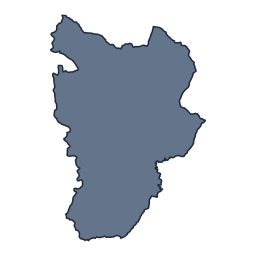 Gachantivá, Boyacá, Colombia (orthographic projection)
{"feature_id": "7082276B31278736164572", "entity_name": "Gachantivá", "entity_type": "district", "adm_level": 2, "iso_a3": "COL", "parent_name": "Colombia", "parent_adm1": "Boyacá", "projection": "orthographic", "projection_center": [-73.547, 5.741], "detail": "fine", "context": "isolated", "style": "filled", "palette": "slate", "viewbox_px": 256, "rotation_deg": 0, "n_neighbors": 0, "source": "geoboundaries", "source_scale": "gbopen_adm2", "svg_char_len": 5677}
<svg xmlns="http://www.w3.org/2000/svg" viewBox="0 0 256 256"><path d="M194.2,62.5L191.7,60.2L190.8,58.6L188.7,55.8L188.6,54.3L189.5,51.6L189.5,50.8L186.3,46.6L185.0,45.6L182.3,45.5L181.4,45.3L180.9,42.6L180.4,42.3L179.2,42.7L176.7,42.8L175.1,42.6L174.6,42.2L174.2,40.8L172.8,40.3L171.2,39.0L169.5,37.1L168.7,37.0L168.2,36.6L167.9,35.9L166.3,33.9L166.0,32.1L164.1,31.3L162.2,29.1L159.7,27.6L153.4,26.6L152.2,31.9L151.0,34.5L150.7,36.1L148.4,41.5L148.5,43.0L148.3,43.8L147.8,45.0L146.7,46.2L144.5,45.4L143.4,45.2L141.0,46.1L138.9,46.7L135.3,46.6L133.7,47.3L133.3,47.2L133.1,46.9L131.8,44.2L130.9,43.6L129.5,43.4L128.2,44.0L125.1,44.0L124.2,45.0L122.3,45.7L121.9,46.5L121.9,47.4L121.0,48.1L120.9,48.8L118.4,48.1L116.8,48.2L116.4,48.1L114.7,46.7L113.9,45.3L113.3,45.1L113.1,44.6L112.9,44.5L111.5,44.5L110.8,44.8L110.2,44.8L106.2,41.5L105.6,40.4L105.6,39.8L104.8,39.2L104.6,38.6L104.0,38.4L102.5,36.6L102.3,36.1L98.0,34.3L95.5,34.0L93.8,34.1L92.5,33.4L91.3,33.2L86.6,32.9L85.5,32.5L84.8,32.7L83.9,32.6L81.4,29.4L81.0,28.0L80.1,26.8L79.4,26.4L78.9,24.5L77.0,23.1L76.6,22.2L76.3,22.0L74.6,22.1L73.4,21.5L72.0,19.9L71.5,19.5L70.6,19.4L69.1,17.8L67.7,17.6L66.8,17.2L66.4,16.1L66.0,15.8L64.6,15.4L62.1,15.4L62.8,17.5L62.8,18.4L61.7,21.1L61.4,22.4L60.7,22.9L59.1,23.4L57.1,25.5L56.8,26.1L56.7,29.6L56.1,30.7L54.6,32.1L52.1,32.9L51.3,33.6L51.1,34.1L51.2,35.0L53.9,37.5L54.3,38.1L54.4,38.9L54.2,40.0L52.0,43.0L53.1,46.0L53.2,47.7L52.2,48.7L50.8,49.5L50.9,50.0L51.2,50.7L52.5,51.4L54.2,52.1L55.7,52.3L57.3,52.1L59.4,51.2L59.8,51.2L59.9,53.0L60.9,53.3L61.8,53.4L63.1,54.0L64.6,54.8L68.3,57.9L71.9,59.9L73.5,61.5L74.9,63.3L77.9,68.0L78.2,68.7L78.2,69.5L77.9,70.0L75.6,70.6L73.3,71.8L68.1,72.3L67.5,72.2L65.9,70.9L65.4,70.7L63.8,71.8L63.2,71.7L62.7,70.7L62.7,68.4L62.3,66.3L61.9,65.8L61.2,65.5L59.2,65.4L58.6,65.6L58.1,66.2L58.7,70.9L58.6,72.9L57.9,74.7L57.4,75.0L56.9,74.9L53.7,73.3L53.4,73.3L52.9,73.8L52.6,75.6L53.7,77.8L54.1,82.6L54.8,86.6L54.7,87.4L53.4,89.8L53.3,90.8L54.5,92.7L54.7,93.5L54.8,96.4L55.4,99.2L55.1,101.3L56.4,103.7L56.8,107.3L56.5,109.6L55.3,110.0L54.7,110.5L54.1,115.3L54.6,116.6L56.8,118.9L57.6,121.0L58.9,122.3L61.6,124.1L68.6,126.9L70.1,128.7L70.4,129.9L70.1,131.1L69.4,131.9L67.5,132.4L67.0,132.7L67.1,134.6L66.9,136.0L65.1,138.1L64.1,138.4L63.9,139.4L65.1,140.7L67.1,142.2L68.0,143.8L69.3,145.2L69.9,146.4L69.3,147.4L67.6,148.4L67.4,148.9L67.3,153.9L67.0,154.4L67.0,154.9L67.4,155.6L68.3,156.0L70.5,156.2L71.7,155.8L73.5,155.7L75.4,156.3L76.6,157.0L76.9,157.5L76.8,158.0L75.8,159.5L75.5,160.5L76.2,164.6L77.6,166.9L79.8,168.1L79.5,168.7L77.5,170.4L77.2,170.8L77.4,171.6L78.9,174.3L79.1,176.2L78.9,176.7L77.4,178.3L77.1,179.0L77.4,180.4L78.0,180.8L79.0,180.8L80.1,180.1L81.0,179.9L81.4,180.0L82.2,180.9L82.6,182.0L82.4,185.9L81.2,186.8L80.1,188.1L78.7,188.7L77.6,188.9L75.1,188.2L74.0,188.9L73.9,189.5L74.3,190.9L75.1,191.7L76.1,191.8L76.5,192.3L76.6,192.9L73.6,196.6L73.0,198.1L72.8,200.8L72.0,203.5L71.6,204.3L70.1,205.9L67.6,212.7L67.0,213.7L66.3,213.8L65.7,214.2L66.3,215.2L66.5,218.1L69.0,218.8L69.6,219.9L70.7,219.8L72.4,220.2L75.1,222.9L74.9,223.8L74.4,224.6L74.3,226.2L75.2,227.5L75.8,230.0L77.7,230.4L78.9,231.9L79.5,233.5L79.3,237.1L80.5,238.6L83.8,239.5L85.1,240.4L85.8,239.9L86.8,239.7L88.6,240.6L88.9,240.4L89.0,239.6L89.6,239.3L91.7,238.4L93.9,237.9L95.4,238.2L96.7,236.8L98.4,237.5L99.3,237.6L102.8,236.9L104.7,236.1L106.1,237.2L108.2,237.1L109.2,237.3L113.4,236.9L116.8,235.4L119.6,236.2L120.4,236.8L120.6,238.1L120.9,238.2L124.6,236.6L125.3,236.1L126.8,234.5L127.4,234.3L127.9,232.7L128.6,232.5L129.8,231.6L131.4,229.2L133.1,227.8L133.3,227.6L133.0,226.9L133.1,226.5L134.8,225.3L136.0,224.0L136.3,223.7L136.4,222.7L137.9,222.0L139.7,218.7L140.3,216.7L141.5,215.0L141.9,213.9L144.1,211.6L144.2,210.1L144.8,209.6L147.5,208.6L148.6,207.9L148.7,205.7L149.3,204.6L149.3,199.6L150.5,198.3L151.2,196.4L151.6,196.1L152.7,196.1L153.6,196.5L155.5,196.6L156.2,197.2L157.2,197.0L157.4,196.8L157.4,195.9L157.0,194.9L157.5,194.4L157.9,192.8L159.0,191.9L160.6,191.4L161.2,190.4L162.5,189.4L162.4,189.1L161.0,189.2L159.9,188.7L159.9,188.3L160.6,187.9L160.8,187.0L159.4,186.7L157.9,185.1L158.2,184.8L160.7,185.0L161.0,184.8L161.1,184.6L160.8,183.8L161.6,181.7L161.3,179.9L159.5,178.7L159.1,178.1L159.4,177.3L159.4,176.6L160.0,176.3L159.8,175.4L160.2,174.9L160.6,174.0L159.8,173.2L158.0,172.8L157.0,171.3L157.6,170.5L157.7,169.7L157.3,169.4L156.8,169.5L155.2,168.4L155.3,168.0L155.9,167.8L157.0,168.3L157.2,167.8L157.2,167.1L156.5,166.7L155.8,165.4L156.4,164.2L156.4,163.4L155.2,163.0L155.4,162.4L157.3,160.9L157.9,161.2L158.4,162.4L159.4,162.0L161.1,162.2L162.0,162.1L162.4,161.2L163.0,160.6L163.8,160.8L165.1,160.5L164.6,159.8L164.8,158.5L166.2,159.9L167.4,160.3L168.1,159.8L168.7,158.8L169.4,158.3L169.6,157.4L169.9,157.2L170.3,157.2L170.7,157.7L171.8,157.4L172.8,157.7L174.4,157.0L175.2,156.2L177.6,155.6L179.7,155.7L181.6,156.6L183.7,156.4L184.2,156.1L184.5,155.2L185.0,154.9L185.4,154.1L187.1,152.9L187.5,151.1L190.2,148.4L193.0,144.5L193.7,142.8L193.4,141.5L194.2,139.5L194.2,138.8L194.0,138.5L195.2,136.8L195.6,133.9L196.8,131.9L196.8,131.0L197.8,129.2L198.8,128.4L201.0,125.6L201.0,124.8L201.6,123.4L202.5,123.2L203.0,122.9L203.2,122.4L203.7,122.4L205.2,121.0L205.2,120.6L204.7,119.9L203.7,120.1L202.3,118.8L200.8,118.7L200.1,118.2L198.3,114.7L197.2,113.8L195.4,113.4L192.6,114.1L190.4,114.0L188.6,111.8L187.4,110.7L186.9,109.9L185.3,108.9L184.6,108.0L182.6,107.6L181.3,107.0L180.6,106.2L180.0,104.7L179.4,100.4L180.5,98.3L182.1,94.4L183.2,92.3L184.6,90.6L188.0,87.4L189.0,86.0L189.3,83.0L192.4,76.4L193.3,73.2L193.5,72.9L194.1,72.6L196.0,71.1L196.0,70.5L195.0,67.8L194.7,65.9L193.8,64.4L194.2,62.5Z" fill="#64748b" stroke="#1e293b" stroke-width="1.5"/></svg>